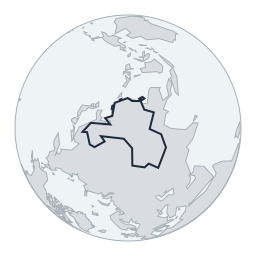 China highlighted on a globe, orthographic projection, rotated 215°
{"feature_id": "CHN", "entity_name": "China", "entity_type": "country or territory", "adm_level": 0, "iso_a3": "CHN", "parent_name": "Asia", "parent_adm1": "", "projection": "orthographic", "projection_center": [106.815, 35.887], "detail": "coarse", "context": "on_globe", "style": "outline", "palette": "slate", "viewbox_px": 256, "rotation_deg": 215, "n_neighbors": 0, "source": "natural_earth", "source_scale": "50m", "svg_char_len": 11604}
<svg xmlns="http://www.w3.org/2000/svg" viewBox="0 0 256 256"><g transform="rotate(215 128 128)"><circle cx="128" cy="128" r="113" fill="#eef3f6" stroke="#a8b0b8"/><path d="M231.6,171.6L231.4,172.1L231.4,172.3L231.6,171.6ZM194.4,37.0L186.8,32.6L186.2,31.9L184.3,31.1L184.9,32.0L185.7,32.9L180.0,33.5L180.7,39.4L184.6,42.9L180.8,41.1L190.8,49.3L193.5,54.9L188.1,47.6L185.8,46.2L186.6,49.3L184.3,48.6L183.4,49.8L180.7,48.7L177.7,44.9L175.9,44.3L176.6,46.6L174.2,47.2L173.6,43.9L169.5,44.7L163.8,39.1L164.2,32.2L158.8,29.3L153.3,23.1L151.5,23.3L148.3,21.5L145.0,21.1L144.9,20.3L142.5,20.7L143.2,21.5L142.3,22.1L140.5,22.0L140.0,20.9L140.9,20.8L139.8,20.4L140.3,20.0L139.0,20.2L138.7,19.1L136.3,20.1L133.7,19.2L134.2,18.5L137.8,18.6L147.7,18.3L149.3,18.1L148.0,17.5L138.2,15.9L138.4,15.8L147.0,17.0L155.4,18.8L163.8,21.2L171.8,24.2L179.7,27.9L187.2,32.2L194.4,37.0ZM135.2,15.6L135.5,15.6L131.6,15.5L133.4,15.9L132.1,16.0L132.5,16.6L128.6,16.6L124.6,16.3L124.1,15.8L122.3,15.8L119.7,16.4L115.7,16.2L107.8,17.2L107.6,17.2L116.7,15.9L125.9,15.4L135.2,15.6ZM233.6,90.3L232.8,88.5L233.0,88.5L233.6,90.3ZM232.5,88.2L232.7,88.6L232.5,88.2ZM232.4,88.6L232.5,88.3L232.5,88.9L232.4,88.6ZM232.5,89.4L232.4,88.9L232.5,89.0L232.5,89.4ZM232.3,90.0L232.2,90.1L232.0,89.4L232.3,90.0ZM186.5,33.5L185.1,32.2L185.4,31.7L186.8,32.8L186.5,33.5ZM185.6,34.9L184.3,33.9L186.6,34.5L186.6,34.8L185.6,34.9ZM187.9,45.8L187.3,44.2L188.7,46.0L187.9,45.8ZM183.8,50.2L184.7,50.9L183.8,51.2L183.8,50.2ZM134.6,16.7L133.6,16.6L134.0,16.5L134.6,16.7ZM135.8,17.0L137.0,16.9L137.8,17.1L137.0,17.1L135.8,17.0ZM178.9,50.0L177.2,50.5L178.4,49.3L178.9,50.0ZM134.0,17.2L138.9,17.4L140.2,17.8L138.2,18.3L134.0,17.2ZM175.9,50.3L172.0,51.7L173.6,53.4L166.7,49.7L172.4,49.5L173.5,47.8L174.2,49.5L175.9,50.3ZM144.2,21.8L143.3,21.0L145.8,21.8L144.2,21.8ZM145.9,22.3L154.6,24.6L154.9,26.0L151.9,24.9L153.7,27.0L149.6,26.5L147.7,25.2L148.3,24.4L146.3,24.9L145.9,22.3ZM163.5,47.5L162.1,47.4L163.0,46.8L163.5,47.5ZM142.2,22.3L143.9,22.6L144.3,23.8L140.9,23.5L141.9,23.2L142.2,22.3ZM156.2,27.9L155.9,28.8L152.5,28.7L151.9,29.1L149.6,26.6L156.2,27.9ZM140.8,22.9L139.2,23.4L137.3,22.8L140.5,22.2L140.8,22.9ZM145.8,24.3L145.8,24.9L144.7,24.4L145.8,24.3ZM129.8,21.3L131.8,21.4L132.2,22.0L129.8,21.3ZM138.7,23.6L139.4,23.9L139.7,24.2L138.3,24.4L138.7,23.6ZM147.4,26.8L146.0,26.6L148.1,27.8L145.7,27.8L144.6,26.2L144.0,27.0L143.3,27.0L143.2,25.7L147.4,26.8ZM138.0,25.6L135.7,23.8L131.8,23.4L131.4,22.8L137.7,23.6L138.0,25.6ZM141.1,25.7L139.1,25.5L139.5,24.8L141.2,24.5L141.1,25.7ZM144.4,28.5L148.5,28.8L148.6,29.2L144.4,28.5ZM136.8,25.6L137.4,26.0L136.5,25.6L136.8,25.6ZM142.0,27.7L143.4,27.7L143.5,28.1L142.0,27.7ZM137.3,27.0L136.6,26.3L137.7,26.1L137.3,27.0ZM139.4,27.4L139.2,28.0L138.5,26.4L140.0,27.3L139.4,27.4ZM141.8,28.1L142.4,28.3L141.2,28.0L141.8,28.1ZM133.6,28.3L132.6,26.4L135.0,25.8L135.7,27.7L133.6,28.3ZM42.1,55.1L43.7,54.0L40.9,57.9L39.2,66.0L38.4,67.9L35.0,71.1L30.8,84.3L33.7,83.1L33.5,93.1L35.6,97.6L42.7,91.1L39.2,83.5L42.2,78.3L47.8,81.0L51.4,88.2L52.7,86.4L53.4,79.0L57.3,78.0L54.0,76.3L53.1,78.9L51.0,78.0L51.7,75.6L53.1,75.3L52.9,72.6L46.5,75.4L44.9,78.4L42.5,74.1L39.5,78.8L37.8,79.1L42.1,71.3L44.0,69.6L49.5,59.7L47.3,61.0L42.0,70.6L42.3,68.9L39.2,71.2L41.8,68.0L48.2,57.7L48.1,54.2L42.6,56.3L43.6,54.2L46.8,50.3L54.1,44.4L51.1,49.8L53.6,48.2L58.8,43.5L57.4,45.7L59.1,44.6L58.4,46.7L61.9,46.7L61.8,48.7L67.5,46.2L68.2,47.0L64.6,48.2L62.2,50.2L62.6,55.7L63.9,56.0L67.5,54.1L67.2,56.0L70.7,53.5L73.0,56.0L73.1,50.9L77.4,49.0L81.1,49.4L82.5,47.9L76.4,47.4L74.0,48.1L71.9,50.0L65.2,51.6L64.1,50.4L71.1,45.6L70.4,43.5L76.2,41.1L89.2,43.3L92.4,45.8L88.6,54.1L85.4,54.5L85.1,51.6L81.4,56.1L83.6,54.9L83.3,56.6L87.3,55.6L87.3,56.8L91.2,53.9L91.6,55.3L89.2,57.1L95.5,57.2L97.6,59.9L99.0,59.4L100.0,58.1L102.0,62.7L102.9,62.1L102.7,60.3L104.4,58.1L108.3,56.1L108.8,57.8L107.4,58.8L105.3,63.5L101.7,66.0L102.3,66.5L105.6,64.8L108.1,59.0L110.3,57.3L109.6,60.0L110.0,58.9L111.2,58.6L112.9,60.0L113.9,57.1L127.0,52.9L131.5,55.5L129.4,58.2L139.0,58.0L143.4,61.6L143.1,59.9L147.5,59.0L146.2,57.9L146.4,57.0L157.2,55.1L160.1,56.1L164.4,54.0L164.3,53.2L162.4,52.2L166.7,49.7L173.6,53.4L173.6,55.0L177.9,56.5L177.2,60.0L178.6,63.8L175.3,67.3L176.7,70.2L178.2,70.5L181.3,75.0L182.3,83.8L174.7,75.4L171.9,63.3L172.4,67.9L170.3,66.6L169.2,68.2L169.8,71.7L171.1,72.2L161.6,77.4L158.8,87.1L164.0,86.4L167.1,89.2L168.5,100.9L158.6,117.1L162.7,122.2L162.9,125.5L159.3,127.8L158.9,122.8L155.2,121.1L155.6,118.2L149.6,120.5L149.8,116.4L145.0,120.5L146.7,123.8L152.0,123.0L147.7,128.7L153.0,134.3L153.5,141.1L144.4,152.8L135.3,156.0L134.7,158.1L131.1,155.6L126.3,159.3L132.8,171.0L132.6,174.2L124.8,179.6L124.6,177.3L115.2,170.6L113.3,177.9L120.5,184.8L122.9,191.9L117.4,189.3L114.9,182.9L111.6,180.3L112.5,174.0L109.9,163.7L104.3,164.7L104.9,160.7L100.4,151.4L92.4,152.3L79.7,159.8L77.8,169.5L73.5,172.4L68.6,155.9L69.1,145.6L65.6,145.2L62.0,134.2L50.9,127.1L50.9,123.9L48.4,123.6L46.1,118.6L46.6,113.5L44.5,112.0L43.7,125.4L46.1,127.1L50.2,125.1L49.4,129.3L51.8,135.0L43.8,140.2L29.8,137.0L30.9,129.2L33.4,102.9L34.7,101.2L34.8,100.9L35.0,100.4L32.6,102.9L33.9,98.0L29.9,114.8L28.1,121.0L29.5,137.2L28.8,137.7L30.0,141.7L37.0,145.4L36.5,147.7L31.6,155.1L24.2,160.5L26.6,171.1L28.6,178.4L27.2,178.1L30.3,184.1L26.5,176.9L23.3,169.4L20.6,161.8L18.4,154.0L16.8,146.0L15.8,138.0L15.4,129.9L15.5,121.8L16.3,113.7L17.6,105.7L19.5,97.8L21.9,90.1L24.9,82.5L28.5,75.2L32.5,68.2L37.1,61.5L42.1,55.1ZM52.6,100.4L56.4,104.6L59.2,97.7L60.9,98.8L61.2,96.2L59.4,97.2L60.8,90.4L64.0,90.6L65.9,88.1L64.7,86.6L58.5,87.3L56.4,96.9L53.6,98.1L52.6,100.4ZM69.3,37.5L67.6,39.0L65.8,39.6L65.8,37.9L68.6,36.9L69.3,37.5ZM65.7,41.1L72.6,37.2L72.8,38.4L71.5,38.4L71.0,39.5L68.7,39.8L62.2,44.9L60.1,45.8L61.4,41.7L62.1,42.4L63.7,40.8L65.7,41.1ZM90.0,27.9L93.0,26.9L89.6,30.6L87.1,31.1L87.1,29.2L89.9,27.5L90.0,27.9ZM129.5,18.4L130.9,18.3L131.0,18.5L130.0,18.8L129.5,18.4ZM130.7,21.3L123.7,19.4L124.9,19.1L119.3,18.6L120.3,17.8L123.9,18.0L120.5,17.2L124.2,17.0L121.5,16.6L129.4,17.3L132.5,17.4L128.6,17.6L127.6,18.3L128.1,18.7L131.8,19.9L138.1,20.7L138.1,21.8L136.4,22.4L134.9,22.4L135.4,21.6L133.0,22.1L132.6,21.0L130.7,21.3ZM116.7,32.4L117.9,30.9L113.1,32.9L112.6,31.3L112.1,31.7L110.3,30.8L107.3,30.5L107.6,29.7L106.3,29.9L105.1,29.5L103.4,29.6L103.4,28.3L101.3,28.4L102.4,27.7L98.8,28.3L101.5,27.3L100.2,26.8L98.3,28.0L102.3,22.1L101.9,20.8L100.1,20.3L104.9,19.1L109.6,19.0L113.6,19.7L113.3,21.3L115.5,20.6L116.1,21.3L114.1,21.5L117.4,21.5L117.3,22.2L120.9,23.7L125.8,23.6L127.2,24.2L125.2,24.6L128.0,25.0L125.3,26.3L126.3,26.8L124.5,28.7L120.2,29.3L121.6,29.9L120.3,31.6L116.7,32.4ZM133.0,28.8L127.9,29.6L125.2,29.2L129.4,26.1L128.9,25.4L131.5,23.7L135.4,24.4L134.3,24.8L134.1,25.4L133.0,24.9L133.8,25.7L132.3,26.4L132.5,27.2L130.8,27.2L133.0,28.8ZM39.6,67.8L39.4,69.0L39.5,70.4L37.6,72.0L39.6,67.8ZM43.9,60.7L44.0,61.3L41.4,64.0L41.6,62.9L43.9,60.7ZM46.3,59.5L44.2,61.1L45.5,59.6L46.3,59.5ZM65.0,48.7L65.4,49.4L64.5,50.0L63.3,50.3L65.0,48.7ZM102.3,39.2L103.4,38.2L104.1,38.3L107.9,36.9L108.5,38.1L106.5,39.5L102.3,39.2ZM40.9,91.1L38.9,91.4L39.2,89.9L39.8,90.1L40.9,91.1ZM37.2,81.2L37.0,84.4L36.7,81.6L37.2,81.2ZM103.6,40.3L105.1,39.6L104.5,40.7L103.6,40.3ZM109.2,39.0L108.9,40.2L109.1,38.1L109.2,39.0ZM37.5,187.3L39.8,196.7L37.2,193.9L34.5,189.5L32.2,182.9L34.5,183.8L35.0,181.6L37.5,187.3ZM151.4,206.8L154.8,206.9L154.6,207.3L151.4,206.8ZM147.9,205.7L151.7,205.6L147.2,206.6L147.9,205.7ZM153.2,205.5L157.2,204.5L158.9,203.7L158.6,204.5L153.2,205.5ZM145.2,205.8L130.8,205.7L125.2,204.4L126.5,203.0L135.7,203.7L145.2,205.8ZM126.1,203.0L117.4,198.1L105.6,183.7L109.8,184.5L122.2,193.8L121.4,195.0L126.6,198.8L126.1,203.0ZM147.1,195.4L146.2,199.4L138.3,199.2L134.7,198.5L132.2,193.3L133.6,190.7L136.5,190.9L148.0,181.5L152.0,183.6L148.5,187.7L151.8,191.1L147.1,195.4ZM78.2,170.6L80.4,177.1L78.1,177.3L78.2,170.6ZM152.7,174.6L148.0,179.0L152.3,173.2L152.7,174.6ZM155.2,169.0L155.5,171.2L153.6,169.2L155.2,169.0ZM134.6,161.2L131.4,161.6L131.4,160.0L135.3,158.5L134.6,161.2ZM153.8,146.8L153.8,151.6L153.2,153.3L151.7,150.4L153.8,146.8ZM111.3,51.6L105.2,52.0L101.3,53.5L99.8,56.1L99.4,52.8L105.4,50.5L111.3,51.6ZM125.0,52.5L126.3,50.5L127.4,51.4L127.3,52.0L125.0,52.5ZM124.5,51.2L122.9,48.7L124.8,47.7L125.7,49.8L124.5,51.2ZM113.0,44.0L111.2,44.0L111.7,43.0L113.0,44.0ZM179.6,227.9L180.5,227.0L184.4,225.1L182.0,226.7L179.6,227.9ZM167.8,226.9L145.9,233.4L141.3,233.3L142.9,231.8L139.5,227.1L141.0,227.1L140.5,223.5L153.7,219.1L163.3,211.0L170.2,210.4L175.7,204.1L182.6,202.9L180.2,207.6L187.1,208.3L192.6,197.6L195.9,205.8L200.2,206.8L200.4,210.9L189.2,221.7L183.7,225.0L183.0,225.0L180.6,226.4L177.4,227.4L176.4,226.1L174.0,227.4L176.7,225.1L173.0,227.5L171.7,226.5L167.8,226.9ZM216.9,192.9L217.7,192.5L218.6,192.7L217.4,193.6L216.9,192.9ZM229.6,175.9L229.6,176.1L228.9,177.3L229.6,175.9ZM231.4,172.3L230.5,173.9L231.6,171.6L231.4,172.3ZM222.2,184.4L222.5,184.5L222.1,185.0L222.2,184.4ZM221.9,184.5L222.5,183.1L222.3,184.1L221.9,184.5ZM218.5,182.4L219.1,181.6L219.3,181.8L218.5,182.4ZM159.8,206.5L164.5,203.1L167.1,202.5L159.8,206.5ZM217.8,181.8L216.5,182.6L216.7,182.0L217.8,181.8ZM218.0,180.5L217.9,179.8L218.6,181.1L218.0,180.5ZM215.5,180.4L217.1,180.8L215.3,180.6L215.5,180.4ZM214.5,181.1L213.3,181.2L213.4,180.9L214.5,181.1ZM200.1,188.8L204.7,191.5L200.9,193.0L196.6,191.7L193.0,195.6L185.1,197.5L187.0,195.3L185.9,192.9L177.5,193.7L175.9,192.2L178.9,190.4L173.3,189.9L179.4,188.0L181.9,191.2L185.4,187.5L191.2,186.7L196.8,186.2L201.2,187.3L200.1,188.8ZM179.4,196.1L180.4,195.9L179.5,197.2L179.4,196.1ZM211.0,180.4L212.7,181.3L212.5,181.8L211.6,182.0L211.0,180.4ZM202.3,186.3L207.1,181.4L208.1,181.0L205.0,185.7L202.3,186.3ZM205.9,179.9L208.1,179.4L209.2,180.6L208.8,181.3L205.9,179.9ZM166.8,194.9L166.6,195.9L164.9,195.3L166.8,194.9ZM168.9,194.0L173.7,194.3L168.4,194.9L168.9,194.0ZM154.0,191.9L155.5,194.3L160.0,192.3L156.6,194.9L159.6,198.6L158.5,200.2L155.5,196.1L154.4,200.7L152.4,200.7L151.3,197.0L153.4,192.1L155.4,189.9L163.6,188.4L154.0,191.9ZM168.9,190.9L167.6,188.2L168.6,186.1L170.0,187.5L168.9,190.9ZM163.7,181.4L160.2,178.2L157.1,179.8L163.4,174.2L165.7,178.2L163.7,181.4ZM160.7,173.8L157.8,175.3L160.8,172.1L160.7,173.8ZM157.0,174.1L156.7,171.6L159.0,171.8L157.0,174.1ZM162.2,173.8L162.7,169.3L163.9,171.8L162.2,173.8ZM155.6,165.8L160.6,169.7L154.1,168.4L153.7,159.8L156.4,159.4L155.6,165.8ZM169.8,128.5L169.1,126.0L171.5,125.1L171.4,127.1L169.8,128.5ZM178.8,120.5L171.9,124.1L166.3,127.1L168.1,128.1L167.1,132.7L164.2,128.9L167.9,123.5L172.3,122.0L172.7,118.2L175.7,115.2L174.7,110.7L175.9,108.5L178.2,112.2L178.8,120.5ZM174.1,108.8L173.4,100.7L178.1,101.1L179.3,103.0L177.6,106.5L175.3,106.0L174.1,108.8ZM174.6,98.9L172.3,98.4L166.5,87.2L166.4,85.0L173.4,93.4L171.5,93.5L172.1,96.3L174.6,98.9ZM162.7,48.3L162.2,47.5L163.4,48.1L162.7,48.3ZM145.6,56.4L146.1,55.3L147.5,55.9L145.6,56.4ZM148.2,52.8L146.3,52.9L148.1,52.1L148.2,52.8ZM142.0,53.3L145.4,52.5L142.4,54.3L142.0,53.3Z" fill="#d9dde1" stroke="#a8b0b8" stroke-width="1"/><path d="M134.5,158.2L125.2,152.4L115.8,155.6L109.7,139.6L97.2,141.9L85.7,133.8L80.4,112.7L90.6,110.7L91.8,105.3L102.9,99.7L113.0,113.8L125.3,116.8L145.5,105.8L139.4,103.6L144.5,93.1L149.9,92.6L159.1,101.1L163.0,98.8L161.4,110.9L144.6,120.7L152.4,123.0L147.8,128.8L153.3,141.0L145.4,152.4L140.1,152.5L134.6,156.2L134.1,156.9L134.5,158.2ZM135.5,158.7L134.1,161.7L131.5,161.6L132.5,159.0L135.5,158.7ZM152.2,134.3L152.4,134.7L151.8,134.3L152.2,134.3ZM154.0,137.3L153.6,137.5L153.5,137.3L154.0,137.3ZM150.9,146.6L150.7,146.9L150.7,146.5L150.9,146.6ZM134.4,156.8L134.8,156.7L134.8,156.9L134.4,156.8Z" fill="none" stroke="#1e293b" stroke-width="2"/></g></svg>